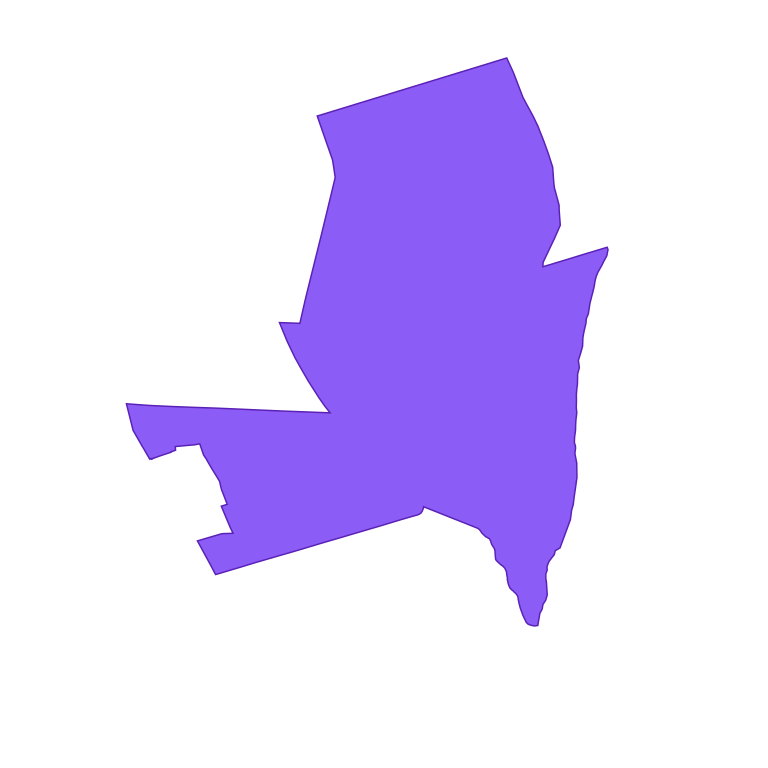 the district of Rivadavia, San Juan, Argentina, rotated 163°
{"feature_id": "61730980B90561116594730", "entity_name": "Rivadavia", "entity_type": "district", "adm_level": 2, "iso_a3": "ARG", "parent_name": "Argentina", "parent_adm1": "San Juan", "projection": "orthographic", "projection_center": [-68.638, -31.547], "detail": "fine", "context": "isolated", "style": "filled", "palette": "violet", "viewbox_px": 768, "rotation_deg": 163, "n_neighbors": 0, "source": "geoboundaries", "source_scale": "gbopen_adm2", "svg_char_len": 3471}
<svg xmlns="http://www.w3.org/2000/svg" viewBox="0 0 768 768"><g transform="rotate(163 384 384)"><path d="M466.0,473.3L464.2,453.7L463.3,447.5L461.4,435.0L458.6,422.1L455.6,409.1L450.2,389.7L447.1,380.2L444.0,372.2L446.9,373.2L489.5,388.0L531.2,402.8L551.3,409.9L572.8,417.3L592.6,424.2L613.6,431.7L624.8,436.0L636.1,440.4L637.5,412.9L636.8,410.1L636.7,409.6L636.5,408.8L636.4,408.2L633.6,395.8L632.7,392.3L630.0,380.6L628.7,381.0L628.5,380.1L627.4,380.3L627.4,380.1L625.3,380.7L625.2,380.4L623.4,380.5L621.5,380.6L620.1,380.7L616.5,380.8L607.6,381.0L607.6,381.4L602.7,381.6L601.9,385.2L596.5,384.1L582.8,381.2L577.7,380.7L577.3,368.8L575.8,364.0L575.6,362.7L573.6,354.1L570.8,343.4L569.7,338.9L570.1,333.8L570.2,331.7L570.2,329.9L569.1,314.8L575.3,314.7L573.6,297.5L573.0,291.7L572.0,285.4L575.2,286.2L581.7,288.0L584.2,288.3L587.9,288.3L596.4,288.4L608.3,288.5L607.8,286.1L602.3,259.2L601.5,254.8L601.0,252.1L600.7,251.0L591.1,250.9L590.8,250.9L586.5,250.9L574.6,250.8L558.9,250.8L537.0,250.5L517.7,250.2L486.2,250.0L471.9,249.8L459.8,249.7L432.5,249.4L407.9,249.3L399.3,249.2L389.6,249.0L388.2,249.2L386.3,249.8L385.1,250.8L383.8,252.2L383.3,252.9L382.7,253.6L382.5,253.9L382.3,254.3L382.2,254.8L382.1,255.1L337.9,219.7L336.5,218.5L336.1,218.1L334.9,216.0L334.3,214.0L333.9,212.7L332.9,210.9L332.2,209.7L331.5,208.3L330.4,207.3L328.5,205.3L328.4,205.2L327.9,202.5L328.0,200.8L327.8,198.7L326.6,194.4L326.6,192.3L328.2,185.4L328.5,183.3L328.0,182.0L326.6,179.5L324.8,176.5L323.7,175.3L322.4,172.7L322.3,172.3L322.0,170.5L321.9,169.5L321.8,168.6L322.3,166.1L322.7,162.5L323.2,161.1L323.4,158.9L323.6,156.8L323.4,153.4L323.1,151.8L321.8,149.4L321.3,148.8L321.1,148.5L320.4,147.0L319.5,145.7L318.7,143.9L318.2,141.8L318.2,140.6L318.6,138.9L318.9,135.9L319.1,132.0L319.2,130.1L318.8,122.1L317.6,114.3L316.4,112.2L314.0,110.3L310.8,108.6L307.5,108.1L306.3,110.6L306.0,111.2L303.8,115.5L303.3,116.5L302.1,119.0L298.5,122.6L298.0,123.6L297.4,124.8L297.3,125.1L296.3,126.9L292.7,129.8L291.3,131.9L289.5,134.7L287.9,141.7L286.7,146.5L286.1,150.7L285.9,151.4L284.7,155.2L282.4,158.2L281.5,161.7L279.6,164.2L278.0,166.1L273.9,169.1L271.1,171.0L269.0,174.5L263.6,175.8L253.5,189.1L245.4,199.8L241.4,208.6L238.3,213.3L236.0,218.5L235.8,219.0L226.8,238.2L223.5,249.7L222.8,252.0L221.8,261.5L220.9,263.8L219.7,266.2L219.3,267.8L219.0,269.0L219.1,272.0L218.4,274.3L217.2,277.6L214.3,283.9L212.7,288.8L211.1,293.2L209.8,296.1L208.1,300.0L207.0,305.3L204.9,311.6L203.2,317.4L202.0,320.6L201.7,321.2L201.4,322.1L199.1,327.2L197.7,331.4L195.9,337.0L193.6,340.6L192.4,342.6L191.6,347.4L191.3,349.6L186.2,357.1L183.0,362.2L180.2,370.3L177.4,375.7L173.2,382.9L171.4,387.4L168.1,391.3L165.4,396.9L163.5,400.9L161.0,405.0L160.3,406.2L157.6,410.5L154.6,415.6L152.0,420.9L150.3,423.7L149.5,424.9L146.7,428.4L143.5,431.4L140.6,434.2L139.0,435.9L138.2,436.8L133.4,441.5L132.2,443.9L130.5,446.9L130.6,449.5L149.5,449.6L152.3,449.6L188.4,449.6L197.7,449.7L197.4,450.8L196.2,453.9L188.8,462.0L178.1,473.7L169.0,484.3L165.6,499.3L164.3,503.8L164.1,508.1L163.9,515.1L163.8,517.1L163.7,521.6L163.0,525.8L160.5,536.9L159.3,542.1L159.5,556.4L160.2,570.1L160.8,577.4L161.0,579.8L161.4,585.6L162.1,589.9L163.0,596.0L166.1,611.3L167.3,617.3L168.2,629.9L168.5,634.7L169.2,644.2L170.9,656.8L171.3,659.9L369.5,659.8L368.4,630.6L367.7,613.4L368.9,604.8L370.3,595.7L377.8,583.0L378.2,582.3L400.4,544.8L432.8,490.8L439.5,479.2L446.7,466.6L466.0,473.3Z" fill="#8b5cf6" stroke="#5b21b6" stroke-width="1.5"/></g></svg>